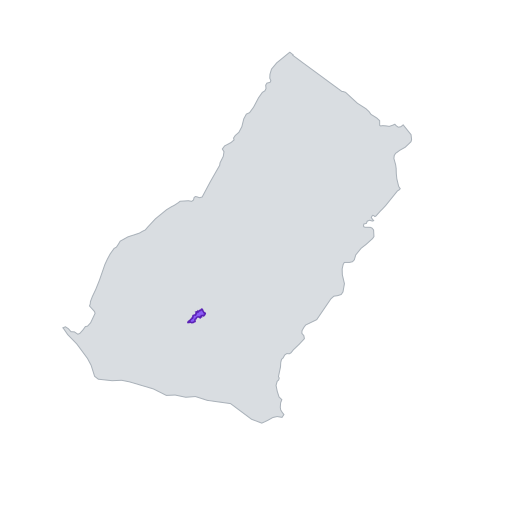 Asante Akim Central Municipal, Ashanti, Ghana shown in context, rotated 37°
{"feature_id": "2480657B1767599566587", "entity_name": "Asante Akim Central Municipal", "entity_type": "district", "adm_level": 2, "iso_a3": "GHA", "parent_name": "Ghana", "parent_adm1": "Ashanti", "projection": "robinson", "projection_center": [-1.254, 6.565], "detail": "fine", "context": "in_parent", "style": "filled", "palette": "violet", "viewbox_px": 512, "rotation_deg": 37, "n_neighbors": 0, "source": "geoboundaries", "source_scale": "gbopen_adm2", "svg_char_len": 5485}
<svg xmlns="http://www.w3.org/2000/svg" viewBox="0 0 512 512"><g transform="rotate(37 256 256)"><path d="M306.8,65.8L310.2,69.4L311.0,71.5L309.7,79.4L307.3,84.8L305.7,90.0L305.9,92.5L307.4,95.1L312.6,99.1L315.2,101.7L318.4,105.7L322.0,109.6L328.1,114.6L330.7,115.5L330.6,116.9L329.8,118.9L329.2,137.7L328.7,142.5L328.3,145.0L327.7,152.0L327.1,153.0L325.9,152.9L324.8,153.2L324.6,154.6L325.0,156.0L328.7,157.0L327.9,158.1L325.2,159.1L323.9,161.2L324.5,163.6L322.9,165.5L323.4,166.8L324.4,167.8L325.9,167.4L330.2,164.2L332.1,163.9L334.3,164.5L338.5,169.5L338.6,171.9L337.0,180.2L335.3,186.6L335.0,195.1L336.8,199.9L336.5,202.5L334.6,204.8L330.4,208.0L330.7,210.3L332.6,214.5L336.3,219.1L343.3,224.9L347.1,232.4L347.2,235.5L345.0,238.6L342.4,241.2L341.6,245.1L342.8,270.3L337.2,281.2L337.2,284.3L337.7,288.0L339.2,290.2L342.1,290.8L344.4,292.9L343.6,300.5L342.3,308.4L342.2,312.2L341.5,314.0L339.3,315.4L338.5,317.9L339.0,321.0L338.6,323.2L339.8,326.1L342.3,329.8L346.5,338.8L348.0,339.5L348.7,341.4L348.3,343.3L349.9,347.3L354.4,351.3L359.2,354.7L363.1,355.2L364.0,358.4L366.5,362.3L368.4,364.1L371.3,365.2L373.7,365.8L373.9,369.2L369.5,371.5L366.6,374.9L364.3,380.2L361.2,386.0L350.6,389.1L346.5,389.1L324.5,389.2L304.0,400.6L292.2,404.7L284.9,411.1L275.1,415.7L268.3,421.3L254.1,423.9L230.8,432.6L223.5,436.1L216.1,442.2L204.2,449.3L199.5,449.2L190.1,442.5L183.0,439.2L165.8,434.1L152.9,432.1L146.7,430.0L145.0,429.6L146.4,427.2L150.0,427.0L153.8,427.8L156.6,425.9L160.8,425.7L161.9,423.8L162.3,419.0L162.2,415.1L163.7,413.4L164.1,408.8L162.0,398.7L160.6,397.6L153.1,396.1L152.5,394.1L151.2,392.0L149.7,386.8L148.1,379.0L145.5,369.4L140.4,353.6L139.2,348.0L138.3,342.2L138.1,335.4L139.2,332.9L139.0,329.4L138.6,325.9L142.2,317.8L149.1,307.9L150.6,304.3L151.9,301.9L152.1,298.3L153.3,286.8L156.7,272.9L158.8,267.6L160.2,264.8L161.9,260.1L162.4,258.0L168.8,252.5L171.7,251.1L172.4,248.9L171.4,246.6L171.8,245.0L173.4,244.2L175.7,243.5L177.5,241.3L174.8,224.1L172.6,207.0L172.5,205.6L171.2,203.2L169.9,196.1L167.7,192.0L164.7,190.8L164.7,186.9L167.8,180.3L168.6,176.5L167.1,175.3L166.9,172.3L167.9,167.5L167.4,164.5L166.9,161.3L163.7,153.8L162.9,148.5L164.6,145.4L164.5,138.6L162.8,128.1L162.6,121.5L163.7,118.8L163.2,116.2L160.9,113.7L160.7,111.3L162.7,108.9L162.4,107.1L160.0,105.7L157.8,102.5L155.9,97.4L156.3,89.2L160.0,74.2L160.4,72.9L164.6,73.0L164.6,73.6L177.4,73.5L192.1,73.3L209.7,73.1L225.7,72.9L226.4,72.3L229.0,71.4L245.1,73.0L255.2,72.2L259.5,72.7L262.6,73.7L269.5,73.1L273.3,73.5L276.1,77.2L277.2,77.2L278.8,75.6L281.6,73.8L284.4,72.3L286.4,69.4L287.6,67.2L289.5,67.6L292.1,67.5L293.9,65.6L294.6,62.7L306.8,65.8Z" fill="#d9dde1" stroke="#a8b0b8" stroke-width="1"/><path d="M250.4,334.2L250.1,334.1L249.8,333.8L249.8,333.6L250.1,333.5L250.2,333.4L250.3,333.3L250.3,333.1L250.3,332.8L250.2,332.6L250.0,332.3L249.7,332.3L249.4,332.2L248.8,332.4L248.4,332.6L248.2,332.3L247.9,332.3L247.6,332.2L247.3,332.1L247.2,332.1L246.7,331.8L246.4,331.7L246.2,331.4L245.9,331.3L245.8,331.2L245.7,331.2L245.3,331.1L245.2,331.0L245.0,330.9L244.8,331.0L244.7,331.0L244.7,331.3L244.6,331.5L244.4,331.7L244.4,331.8L244.4,332.0L244.4,332.3L244.5,332.3L244.4,332.4L244.4,332.5L244.4,332.8L244.5,333.0L244.4,333.1L244.2,333.3L243.9,333.4L243.8,333.5L243.7,333.5L243.7,333.8L243.7,334.0L243.6,334.3L243.6,334.5L243.5,334.4L243.4,334.5L243.2,334.7L243.2,334.9L243.3,335.1L243.3,335.3L243.2,335.4L243.3,335.4L243.2,335.4L243.1,335.5L242.9,335.7L243.0,335.7L242.9,335.7L242.9,335.8L242.8,335.7L242.8,335.8L242.7,335.7L242.7,335.9L242.6,336.0L242.4,336.2L242.4,336.3L242.2,336.4L242.3,336.4L242.2,336.4L242.2,336.5L242.3,336.5L242.2,336.6L242.3,336.6L242.2,336.8L242.3,336.8L242.3,337.0L242.5,337.0L242.6,337.3L242.8,337.6L242.9,337.8L242.7,338.0L242.7,338.3L242.8,338.5L243.0,338.7L243.0,338.8L243.0,339.0L243.2,339.3L243.3,339.3L243.3,339.6L243.2,339.7L242.9,339.7L242.9,339.8L242.7,339.9L242.7,340.0L242.3,340.3L242.2,340.5L242.0,340.8L242.0,341.0L241.9,341.1L241.7,341.2L241.7,341.3L241.6,341.5L241.7,341.8L241.9,342.0L242.0,342.1L242.1,342.3L242.1,342.5L242.3,342.6L242.4,342.9L242.4,343.0L242.5,343.2L242.4,343.2L242.4,343.3L242.3,343.2L242.4,343.4L242.3,343.5L242.3,343.8L242.2,343.8L242.2,344.0L242.3,344.2L242.6,344.3L242.5,344.5L242.4,344.6L242.4,344.8L242.4,344.7L242.4,344.8L242.4,345.0L242.2,345.3L242.3,345.5L242.2,345.7L242.1,345.8L242.0,346.1L242.1,346.3L242.0,346.6L242.1,347.0L242.3,347.4L242.1,347.4L241.9,347.4L241.8,347.6L241.9,347.8L241.8,348.0L241.7,348.3L241.7,348.5L241.6,348.4L241.5,348.5L241.5,348.8L241.4,349.0L241.5,349.1L241.6,349.5L241.5,349.8L241.6,350.0L241.7,349.9L241.8,350.0L242.0,349.9L242.2,349.4L242.3,349.4L242.5,349.4L242.5,349.2L242.6,348.8L242.9,348.7L242.9,348.4L242.9,348.5L243.2,348.4L243.6,348.3L243.7,348.2L243.8,348.2L244.1,348.2L244.5,348.0L245.0,347.9L245.0,347.7L245.2,347.4L245.3,347.3L245.4,347.2L245.5,347.1L245.7,346.8L245.8,346.8L245.8,346.6L246.0,346.4L246.2,345.8L246.3,345.8L246.4,345.6L246.6,345.4L246.7,345.2L246.8,345.0L246.6,344.8L246.3,344.6L246.2,344.4L246.1,344.2L245.7,343.9L245.4,343.0L245.9,342.2L245.6,341.5L245.8,340.1L246.6,339.2L248.7,339.0L248.7,338.9L248.6,338.7L248.3,338.7L248.2,338.5L247.9,338.4L247.9,338.2L248.0,338.2L248.3,338.1L248.5,337.9L248.9,337.6L248.5,337.4L248.6,337.2L248.7,336.9L248.2,336.5L248.6,336.2L248.7,335.9L248.8,335.8L249.1,335.7L249.6,335.6L249.8,335.6L249.9,335.4L250.1,335.3L250.2,335.2L250.3,335.2L250.3,334.9L250.3,334.7L250.4,334.2Z" fill="#8b5cf6" stroke="#5b21b6" stroke-width="1.5"/></g></svg>